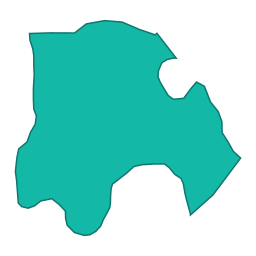 outline of Shusha District, Şuşa, Azerbaijan
{"feature_id": "54616110B49912296290484", "entity_name": "Shusha District", "entity_type": "district", "adm_level": 2, "iso_a3": "AZE", "parent_name": "Azerbaijan", "parent_adm1": "Şuşa", "projection": "albers", "projection_center": [46.676, 39.693], "detail": "fine", "context": "isolated", "style": "filled", "palette": "teal", "viewbox_px": 256, "rotation_deg": 0, "n_neighbors": 0, "source": "geoboundaries", "source_scale": "gbopen_adm2", "svg_char_len": 1075}
<svg xmlns="http://www.w3.org/2000/svg" viewBox="0 0 256 256"><path d="M176.2,58.2L156.9,33.3L155.3,34.9L139.7,29.6L122.2,22.1L104.7,20.6L86.3,23.9L74.5,33.0L49.9,32.9L29.5,33.5L30.0,40.3L32.8,48.8L33.8,55.7L33.8,64.7L34.2,75.1L33.4,88.4L33.4,99.5L33.8,109.1L36.4,116.0L35.2,124.3L30.6,132.1L27.0,142.0L18.7,148.9L17.0,157.2L15.4,171.4L16.6,180.6L18.3,203.1L21.7,206.6L28.0,208.2L34.5,205.9L40.7,201.0L51.8,198.7L59.1,204.4L65.4,211.1L65.6,218.4L67.2,225.3L74.4,232.5L84.1,235.4L89.8,234.8L95.9,231.3L100.7,226.0L103.4,219.4L105.8,215.2L109.7,207.9L110.4,203.3L110.6,195.5L111.1,188.8L112.4,184.2L121.2,177.3L126.3,173.4L134.0,166.5L142.0,164.7L153.6,164.0L164.6,164.0L169.3,167.7L174.8,174.4L181.1,178.5L183.3,183.6L185.0,193.5L187.0,201.5L190.3,213.4L190.4,215.0L213.0,194.9L240.6,158.1L233.3,151.3L228.2,142.2L222.1,132.6L221.9,121.8L218.2,111.6L210.5,102.0L204.4,86.3L196.5,82.0L190.9,88.6L183.7,98.3L173.4,99.3L168.2,95.5L164.1,88.8L160.0,81.7L158.0,76.8L158.5,70.7L161.8,62.8L167.2,59.5L173.6,58.1L176.2,58.2Z" fill="#14b8a6" stroke="#0f766e" stroke-width="1.5"/></svg>